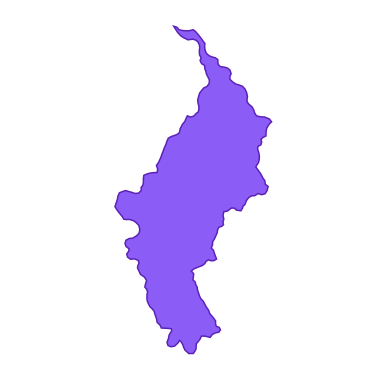 Dionísio, Minas Gerais, Brazil (Natural Earth projection), rotated 290°
{"feature_id": "56859067B79280844892773", "entity_name": "Dionísio", "entity_type": "district", "adm_level": 2, "iso_a3": "BRA", "parent_name": "Brazil", "parent_adm1": "Minas Gerais", "projection": "natural_earth1", "projection_center": [-42.668, -19.831], "detail": "fine", "context": "isolated", "style": "filled", "palette": "violet", "viewbox_px": 384, "rotation_deg": 290, "n_neighbors": 0, "source": "geoboundaries", "source_scale": "gbopen_adm2", "svg_char_len": 3599}
<svg xmlns="http://www.w3.org/2000/svg" viewBox="0 0 384 384"><g transform="rotate(290 192 192)"><path d="M344.9,137.6L342.5,134.1L341.5,131.5L340.6,128.3L340.0,124.7L341.7,121.3L341.5,118.1L339.4,120.8L337.1,123.8L335.0,127.8L334.2,131.2L333.6,136.1L335.9,140.5L336.0,143.7L335.0,146.3L332.6,148.7L330.2,149.9L327.1,150.6L323.4,152.2L321.2,154.7L318.4,154.6L315.9,157.1L315.2,160.5L312.1,162.0L309.9,163.9L307.8,165.2L305.9,167.2L303.3,170.0L299.7,171.0L296.4,170.0L293.7,167.4L289.9,166.1L287.4,165.3L284.5,165.5L280.3,165.9L277.6,167.3L275.5,168.7L272.7,170.0L269.3,170.5L267.3,169.1L263.9,167.7L261.9,164.9L262.0,161.6L259.3,161.3L255.7,161.1L252.2,159.8L249.9,159.6L247.6,159.2L245.0,159.7L242.7,159.6L240.5,157.8L238.7,155.6L236.8,153.3L234.4,151.3L230.9,151.1L227.9,151.2L224.1,150.9L219.7,150.9L216.8,150.8L213.7,150.9L208.2,150.4L204.8,149.5L201.8,151.9L198.4,152.6L197.0,149.1L195.3,145.9L193.2,143.1L191.1,141.0L187.8,141.8L184.2,143.1L181.4,143.5L178.9,142.6L176.3,143.8L172.6,142.2L171.1,138.7L171.1,135.4L170.8,132.5L170.7,129.3L169.2,127.2L166.5,124.1L162.7,123.8L159.5,124.4L155.6,124.5L151.9,124.6L149.7,127.4L148.0,129.9L146.5,132.4L145.1,134.8L143.1,137.2L143.7,139.9L144.8,142.4L145.0,146.9L144.2,149.8L142.5,153.4L139.2,155.6L135.8,156.4L133.1,155.6L131.0,154.2L128.3,152.0L126.8,148.9L124.2,146.5L120.8,146.6L118.2,148.7L117.1,152.4L114.2,152.7L111.5,151.8L108.8,153.7L107.8,157.3L109.5,160.7L109.4,164.9L106.8,166.5L104.1,166.3L101.9,166.8L99.8,169.0L97.0,171.7L95.7,176.5L93.3,179.6L89.4,179.8L86.5,180.2L85.0,182.7L83.0,184.4L80.6,184.7L77.4,185.7L74.6,187.0L72.1,189.2L69.8,191.8L68.7,194.4L67.0,197.2L64.2,199.2L60.8,202.0L57.6,203.8L55.9,207.6L53.7,209.7L54.5,212.4L55.5,215.6L56.5,219.4L54.2,220.4L51.9,219.8L49.6,219.4L46.2,220.0L42.2,219.9L39.5,222.0L39.4,225.2L41.2,228.3L45.0,230.3L48.2,231.0L47.2,233.5L45.2,235.7L43.2,237.3L41.1,239.4L39.1,244.3L40.7,248.5L43.2,249.1L45.8,249.5L48.4,248.7L50.7,247.9L53.1,248.8L56.5,249.9L59.8,250.1L61.0,253.4L61.6,258.8L65.1,259.8L67.6,262.2L69.5,265.2L72.2,265.9L74.1,263.9L74.1,260.7L76.3,259.2L79.0,258.2L81.2,254.9L83.9,250.2L86.6,248.0L89.1,244.4L93.2,240.0L94.8,236.7L97.0,234.5L99.2,232.8L101.8,230.7L104.3,229.5L106.0,227.4L108.6,225.7L109.8,222.9L112.7,222.3L115.7,221.6L117.5,218.4L120.4,220.1L123.4,223.3L126.5,226.9L129.1,228.5L131.8,229.0L133.8,230.6L133.9,233.4L134.9,235.9L137.4,238.0L140.3,235.5L142.3,233.8L144.7,232.0L145.9,229.3L149.3,229.4L152.2,228.4L155.3,229.1L159.0,229.4L162.1,229.6L165.5,229.0L168.3,229.4L169.8,231.6L172.0,232.8L174.3,231.4L177.4,231.2L180.3,229.3L184.4,228.6L186.2,231.9L190.3,234.4L191.3,237.3L190.2,240.0L191.0,244.3L193.8,245.0L196.1,244.8L198.2,246.0L202.5,246.1L206.2,247.2L208.8,249.4L210.0,252.2L213.1,254.6L213.3,258.4L215.4,261.3L218.6,262.0L223.2,261.7L224.4,258.2L227.5,256.6L229.4,253.8L232.0,251.1L234.8,247.2L237.3,243.4L240.0,243.8L242.3,244.4L245.2,244.1L248.4,243.2L251.5,241.5L254.6,239.1L257.2,238.3L260.0,240.6L262.8,240.4L264.8,238.9L267.4,239.9L269.9,242.3L274.3,240.9L277.7,240.4L280.3,240.9L282.6,241.5L285.2,242.8L287.1,239.7L287.3,234.5L286.1,230.8L285.6,226.5L288.0,223.6L290.3,221.9L292.6,219.2L294.0,215.2L295.8,212.8L298.0,212.0L300.9,211.4L304.1,209.3L306.8,206.7L308.6,203.3L308.7,199.9L308.4,196.3L309.3,192.7L310.9,189.1L313.7,188.1L316.6,188.3L319.5,186.0L320.6,183.1L320.4,179.6L319.5,175.8L320.7,173.2L322.8,171.9L325.2,171.0L326.1,168.1L325.8,164.6L325.9,161.4L327.3,158.0L330.0,155.6L333.1,154.1L336.0,153.3L337.4,151.1L339.2,148.5L341.1,145.5L342.5,143.1L344.0,140.5L344.9,137.6Z" fill="#8b5cf6" stroke="#5b21b6" stroke-width="1.5"/></g></svg>